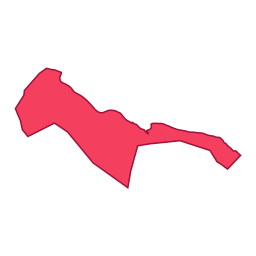 the district of Banannes Bay, Castries, Saint Lucia
{"feature_id": "8701671B10070089345452", "entity_name": "Banannes Bay", "entity_type": "district", "adm_level": 2, "iso_a3": "LCA", "parent_name": "Saint Lucia", "parent_adm1": "Castries", "projection": "orthographic", "projection_center": [-61.0, 14.011], "detail": "fine", "context": "isolated", "style": "filled", "palette": "rose", "viewbox_px": 256, "rotation_deg": 0, "n_neighbors": 0, "source": "geoboundaries", "source_scale": "gbopen_adm2", "svg_char_len": 1900}
<svg xmlns="http://www.w3.org/2000/svg" viewBox="0 0 256 256"><path d="M227.5,169.1L240.6,155.3L239.5,154.5L239.2,154.2L238.0,153.1L236.7,151.6L236.1,151.1L235.2,150.8L234.4,151.0L233.8,151.0L233.2,150.8L232.7,150.4L232.0,149.6L230.8,148.3L229.3,147.1L227.7,145.7L227.2,145.2L225.9,143.5L224.9,143.0L224.3,142.7L223.6,141.9L223.4,141.2L222.8,140.3L221.8,139.5L221.0,138.5L220.4,138.0L219.8,137.5L218.8,137.4L217.3,137.3L215.4,137.0L214.1,136.3L213.0,136.1L211.0,135.8L208.5,135.3L206.8,134.8L203.9,133.6L202.6,133.2L201.0,133.0L197.7,132.8L194.1,132.2L191.6,132.2L188.2,131.9L186.6,131.3L185.3,131.0L181.9,130.3L178.6,129.8L176.4,129.2L174.3,128.4L171.2,127.2L168.7,126.1L167.7,125.6L165.9,125.1L164.8,124.4L163.0,123.9L161.1,123.4L158.9,123.5L155.7,123.3L152.6,123.4L151.2,124.0L151.1,124.5L151.2,125.2L151.3,126.0L151.1,128.1L150.5,128.9L150.1,129.2L148.9,129.7L146.9,130.4L146.6,130.7L147.4,132.2L148.2,132.7L148.3,133.1L148.0,133.8L146.7,132.9L145.2,131.4L144.7,130.7L144.3,129.9L142.3,129.2L141.0,128.8L138.9,127.1L137.2,125.2L136.4,124.5L134.2,123.7L133.7,123.4L132.9,122.7L132.8,123.3L130.2,122.1L127.4,120.6L125.4,119.2L123.9,117.4L123.0,116.4L121.7,114.6L119.9,112.8L118.2,112.2L115.3,110.8L113.2,110.4L110.6,110.2L109.9,110.2L108.2,110.5L107.2,110.9L105.0,111.8L102.7,112.7L101.1,112.8L98.6,112.2L97.0,111.1L95.3,109.7L92.6,106.5L90.9,104.7L89.3,103.0L86.4,100.0L82.7,96.9L79.9,95.1L78.7,94.5L75.5,92.7L73.8,91.5L72.1,89.2L70.4,87.2L68.0,85.4L66.7,84.8L65.8,84.2L64.7,83.7L62.8,82.9L61.9,82.2L60.5,81.3L59.7,78.4L60.1,76.8L60.9,74.6L61.1,74.0L61.4,72.4L55.6,70.2L54.5,69.9L50.3,69.3L46.5,68.3L39.4,73.4L24.4,90.5L23.9,95.2L15.4,108.6L17.9,114.8L20.4,120.5L22.4,129.8L27.9,136.5L54.5,123.1L67.5,131.9L82.5,150.0L93.1,162.9L127.8,187.7L130.8,170.7L137.7,145.8L149.8,143.8L180.0,140.7L210.1,150.5L217.1,161.9L220.6,163.9L227.5,169.1Z" fill="#f43f5e" stroke="#9f1239" stroke-width="1.5"/></svg>